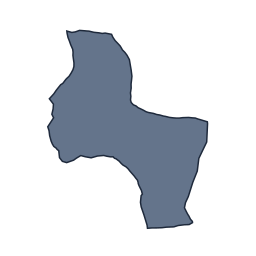 Etsako Central, Edo, Nigeria, rotated 353°
{"feature_id": "59680162B80670265641804", "entity_name": "Etsako Central", "entity_type": "district", "adm_level": 2, "iso_a3": "NGA", "parent_name": "Nigeria", "parent_adm1": "Edo", "projection": "robinson", "projection_center": [6.506, 6.978], "detail": "fine", "context": "isolated", "style": "filled", "palette": "slate", "viewbox_px": 256, "rotation_deg": 353, "n_neighbors": 0, "source": "geoboundaries", "source_scale": "gbopen_adm2", "svg_char_len": 2060}
<svg xmlns="http://www.w3.org/2000/svg" viewBox="0 0 256 256"><g transform="rotate(353 128 128)"><path d="M207.5,131.5L200.2,128.3L198.3,127.5L196.0,126.3L193.3,125.8L192.9,125.7L189.4,124.9L183.6,124.4L180.1,124.4L177.0,124.0L174.4,123.5L170.4,122.5L166.5,121.0L164.7,120.5L161.2,119.0L158.1,118.1L156.3,117.2L155.0,116.6L150.2,115.1L148.0,114.1L145.3,112.1L142.2,110.1L140.5,109.1L138.7,107.1L136.1,105.6L134.3,103.1L133.9,100.5L134.7,96.9L134.7,95.2L134.7,93.4L135.0,92.5L136.0,88.8L136.4,84.7L137.3,81.1L138.2,77.1L138.2,75.8L138.2,73.5L138.2,71.0L137.7,60.3L135.9,55.7L135.0,54.1L134.4,53.1L134.3,52.9L134.2,52.7L131.9,49.7L131.6,48.8L130.2,45.6L128.4,43.1L125.8,39.6L124.0,36.0L123.1,33.0L120.0,32.0L116.9,31.0L113.9,31.0L110.8,30.0L106.0,28.9L105.1,28.6L101.1,27.1L98.5,26.6L96.2,26.1L91.8,25.2L87.4,26.2L83.9,26.3L79.1,24.3L79.1,26.8L79.5,30.9L80.4,34.4L81.3,38.5L82.7,43.1L82.7,43.6L82.7,44.8L82.7,46.1L82.2,49.2L82.2,51.8L82.3,56.8L81.8,60.4L80.5,63.4L78.3,66.5L75.7,69.6L73.7,71.0L72.2,72.2L68.7,75.8L66.5,76.8L63.8,79.4L61.5,81.7L61.2,82.0L58.6,85.0L53.5,89.4L56.9,95.2L56.0,99.9L54.1,105.1L55.4,108.8L48.5,117.0L49.3,121.1L49.3,126.1L50.1,131.6L51.0,134.7L52.1,137.2L54.4,139.4L55.0,140.6L56.5,142.1L56.4,149.1L58.8,153.1L62.9,154.9L70.1,153.3L73.2,151.6L77.8,149.6L82.0,151.3L87.8,153.1L94.3,152.1L100.6,152.3L103.4,153.4L107.1,154.5L109.7,154.8L110.9,156.4L112.5,157.2L114.2,158.9L115.1,159.7L116.9,162.3L118.6,164.3L118.8,164.4L121.3,166.3L123.0,168.3L124.8,171.3L126.6,173.9L128.3,176.4L129.7,178.9L131.0,180.9L131.4,183.0L131.4,184.5L131.9,186.5L132.8,189.1L133.7,191.6L134.2,195.4L132.8,196.7L131.3,203.3L131.5,207.9L133.3,216.5L134.2,221.6L135.1,226.7L135.1,229.9L139.5,230.1L143.8,230.6L149.6,231.1L154.0,231.1L161.5,231.7L165.9,230.9L172.1,230.9L176.9,231.3L180.5,229.8L180.5,228.5L178.9,226.2L177.6,222.6L176.8,221.0L175.7,218.1L174.3,214.1L175.9,209.3L175.9,209.2L179.5,203.4L182.6,196.6L185.7,189.8L191.5,179.2L194.6,166.8L199.0,159.9L204.4,151.5L207.5,133.3L207.5,131.5Z" fill="#64748b" stroke="#1e293b" stroke-width="1.5"/></g></svg>